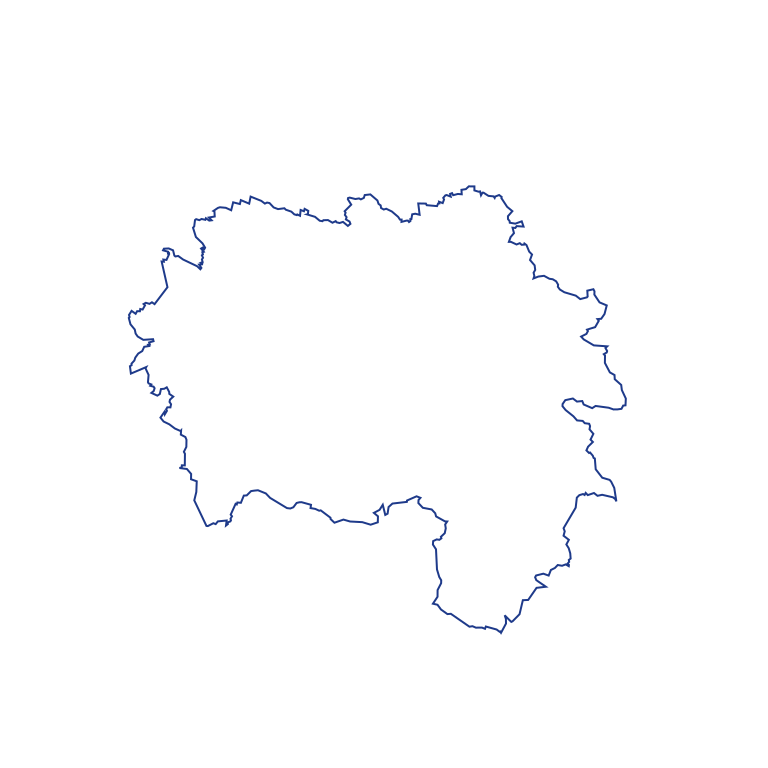 Chignahuapan, Puebla, Mexico, rotated 307°
{"feature_id": "50627088B41950768169543", "entity_name": "Chignahuapan", "entity_type": "district", "adm_level": 2, "iso_a3": "MEX", "parent_name": "Mexico", "parent_adm1": "Puebla", "projection": "equal_earth", "projection_center": [-98.119, 19.821], "detail": "fine", "context": "isolated", "style": "outline", "palette": "blue", "viewbox_px": 768, "rotation_deg": 307, "n_neighbors": 0, "source": "geoboundaries", "source_scale": "gbopen_adm2", "svg_char_len": 6166}
<svg xmlns="http://www.w3.org/2000/svg" viewBox="0 0 768 768"><g transform="rotate(307 384 384)"><path d="M238.0,555.3L239.9,559.6L238.2,565.2L238.4,573.1L240.7,575.7L241.6,598.3L243.8,600.4L244.7,604.0L248.4,608.8L249.3,612.0L251.6,611.3L255.7,621.7L255.7,625.4L256.3,625.7L255.7,627.2L266.1,625.6L269.8,622.7L271.9,619.6L270.6,628.8L272.0,629.5L281.7,630.8L294.9,625.0L298.3,629.1L313.0,628.5L319.5,635.3L319.0,623.7L320.6,621.0L322.6,620.7L328.4,625.4L330.1,630.8L335.9,629.2L339.9,631.2L344.0,631.7L346.0,635.6L349.3,637.7L349.7,641.2L350.8,640.6L351.0,638.7L353.4,638.9L354.7,637.5L356.9,638.1L360.8,634.7L364.0,630.4L365.6,626.2L370.8,625.4L370.9,618.7L375.1,617.0L376.9,614.2L400.6,611.5L409.3,606.4L412.8,606.9L415.9,609.2L416.1,611.0L418.4,610.6L417.9,613.6L423.3,617.3L423.2,621.8L426.8,624.9L431.3,635.0L431.3,637.9L430.1,640.2L439.6,630.4L442.7,624.2L443.2,621.9L440.5,614.7L443.3,604.4L451.4,597.2L451.1,595.9L452.4,593.9L453.3,589.8L452.3,589.3L452.8,585.6L456.8,584.7L463.4,585.7L463.9,582.4L470.2,581.2L471.5,575.4L474.4,573.9L475.7,571.8L473.5,567.9L474.1,564.9L471.1,560.1L472.2,554.7L472.5,544.7L473.7,539.9L475.5,538.7L480.2,538.5L486.1,543.6L486.1,548.7L489.7,552.6L487.8,555.8L490.0,564.8L493.8,566.2L500.3,577.8L501.8,582.6L504.3,585.8L507.1,588.6L510.7,588.0L512.3,589.7L517.9,585.9L522.3,577.6L526.0,574.0L526.7,565.4L529.9,562.7L529.2,557.4L533.8,547.7L539.7,543.4L540.1,541.6L543.2,542.9L544.6,542.4L546.0,539.2L548.4,539.6L541.1,528.3L539.8,516.7L540.5,512.9L545.8,515.5L549.0,515.0L549.6,513.4L556.5,518.4L563.7,517.5L564.3,515.4L566.8,518.2L572.6,518.0L580.8,514.6L578.9,507.0L582.0,498.2L584.7,496.3L585.7,494.2L580.9,490.2L576.4,494.0L575.3,493.9L569.9,489.6L570.0,484.0L565.8,472.8L565.3,467.6L566.3,464.3L568.1,463.3L569.6,459.7L569.2,455.7L567.6,452.8L566.7,446.7L562.7,442.6L558.3,439.9L560.7,439.1L562.9,436.5L566.1,436.1L569.4,432.9L570.9,426.0L576.5,424.3L577.1,420.3L580.7,414.2L580.7,411.6L579.6,412.0L578.0,410.1L578.2,407.7L575.2,405.9L573.9,399.8L572.7,398.2L577.5,396.7L582.7,397.0L586.2,392.6L587.7,395.0L589.9,394.9L593.7,400.7L596.8,396.1L591.1,392.4L588.5,387.4L589.7,386.3L590.3,383.8L592.6,382.0L599.3,382.5L599.6,375.7L603.1,365.9L604.2,365.4L604.2,362.2L600.6,360.0L599.2,360.4L599.8,358.6L597.1,354.2L596.7,348.4L596.1,347.5L593.1,347.9L595.6,344.8L594.5,343.8L593.0,339.7L596.2,337.3L592.9,332.8L588.9,332.1L585.7,329.0L582.3,331.9L580.2,328.6L576.4,325.6L577.4,323.5L575.6,322.4L573.8,324.5L572.6,320.3L571.6,319.5L568.3,319.3L567.5,320.9L563.8,322.0L562.7,318.3L561.5,319.5L560.7,318.6L558.0,319.3L552.5,310.5L553.3,308.9L548.8,302.7L540.6,310.6L538.8,306.5L536.5,304.4L532.2,306.6L531.5,305.8L530.1,307.0L528.4,306.5L528.9,304.8L528.1,303.7L524.0,300.4L525.9,299.1L524.9,297.8L526.0,294.7L526.5,286.4L525.3,280.3L523.2,278.8L522.8,275.7L524.6,273.9L524.6,271.2L526.6,268.3L527.2,259.0L523.3,254.9L520.5,255.9L517.5,254.4L517.2,252.4L514.5,249.8L512.2,244.4L510.9,243.4L509.8,243.9L507.5,249.9L498.3,248.6L497.7,250.2L495.5,251.0L494.7,253.7L492.5,254.5L493.0,258.7L491.7,260.8L488.5,260.0L488.8,253.7L485.8,251.6L484.6,248.8L485.0,247.4L481.8,245.8L481.2,240.6L478.3,237.0L477.0,236.9L475.7,234.4L476.0,228.3L473.1,220.4L473.9,221.0L476.7,219.3L476.1,215.2L473.8,216.1L472.8,212.7L467.8,215.7L467.2,212.7L466.4,212.7L465.5,210.3L465.9,206.3L464.1,200.7L464.4,198.7L459.9,194.1L458.6,189.6L459.6,183.7L458.5,181.4L456.4,180.3L456.4,175.8L453.4,164.7L446.9,167.8L444.7,159.0L441.0,160.6L438.3,154.2L430.8,157.4L429.5,151.6L426.4,146.6L424.7,145.4L419.5,143.6L419.7,144.8L415.9,148.0L411.6,144.0L411.0,147.8L409.3,146.1L409.2,142.0L407.6,142.5L406.0,139.0L403.7,137.9L402.6,134.8L401.2,134.4L395.6,137.6L393.9,137.4L388.2,145.3L387.1,154.4L385.2,159.1L383.5,159.3L383.8,157.1L382.1,156.4L381.1,160.5L379.9,159.6L378.5,161.4L377.2,161.1L375.9,163.5L373.9,163.6L372.3,165.7L370.8,164.9L371.2,166.2L370.1,166.7L368.1,164.5L366.8,168.3L365.1,168.3L365.6,163.9L362.5,148.6L362.4,142.6L360.3,140.6L360.4,139.3L363.8,135.1L362.7,130.5L359.6,126.8L357.8,127.1L359.7,132.0L358.3,132.9L359.1,133.6L358.5,134.2L352.2,135.6L350.6,132.9L349.2,134.6L348.0,132.7L331.0,152.8L309.7,152.7L309.6,149.5L306.9,148.5L305.5,144.9L303.2,143.9L303.0,145.8L298.2,146.4L297.2,144.2L295.2,145.3L293.6,143.0L290.6,143.4L290.5,138.4L285.7,138.8L284.4,140.5L283.2,140.4L279.1,145.6L277.5,152.2L274.8,155.3L273.7,158.7L274.4,165.2L280.8,172.6L279.5,174.2L275.8,171.4L274.5,173.3L273.4,172.1L272.9,173.5L269.4,170.1L264.8,171.1L260.4,169.4L255.4,169.5L252.5,170.5L248.3,170.1L247.1,171.1L245.3,170.4L240.0,175.6L254.4,183.9L253.0,184.1L249.6,190.5L243.4,194.4L242.8,195.6L243.6,198.4L241.9,198.4L243.2,201.6L242.6,203.3L239.9,204.3L236.9,203.6L238.3,210.0L241.1,211.0L245.7,208.9L248.0,211.4L250.6,212.5L248.4,217.2L246.9,218.5L247.1,223.3L242.7,222.5L240.6,223.5L239.7,226.1L236.8,227.5L235.0,225.0L232.9,225.2L231.9,226.8L228.0,227.2L229.8,225.4L222.6,225.7L221.4,230.6L222.6,236.8L222.6,243.8L224.0,249.8L224.8,249.9L221.3,252.2L222.1,257.3L220.6,259.8L214.8,264.0L209.4,265.0L208.5,267.0L199.1,273.9L197.4,271.5L195.8,272.6L193.8,271.2L197.5,277.7L196.1,284.1L191.8,287.2L193.6,293.0L184.8,299.1L176.9,302.5L163.8,327.6L164.5,328.8L170.1,331.5L170.8,333.9L174.3,334.0L180.3,340.5L175.9,343.0L178.2,343.6L179.3,342.4L181.8,344.0L183.1,343.8L184.0,342.5L186.9,342.2L187.4,340.2L199.0,337.6L199.2,338.9L201.1,338.2L203.0,341.2L210.5,339.2L212.4,341.4L218.5,342.3L220.8,344.6L223.3,347.3L225.5,355.5L224.5,361.6L226.5,381.2L228.2,384.1L231.0,385.8L236.4,385.8L238.6,387.6L240.0,389.3L243.6,398.4L240.7,400.0L242.9,404.3L243.8,408.5L245.0,409.5L245.0,421.7L244.0,422.6L243.4,427.9L251.3,433.2L253.8,439.7L260.6,449.8L263.6,458.0L269.8,462.3L274.7,458.8L275.0,453.5L280.8,456.2L286.8,455.7L280.2,463.8L282.6,464.9L288.5,461.7L293.6,462.7L303.6,473.2L304.8,472.5L313.9,477.6L315.0,481.6L312.1,481.4L309.6,483.1L308.5,489.5L312.5,497.6L311.6,502.7L309.6,505.3L311.0,515.4L312.2,517.2L308.6,517.4L305.9,520.2L301.4,522.3L296.2,521.4L295.3,522.7L292.9,522.0L291.6,519.6L288.1,517.8L285.2,519.7L283.3,525.0L267.8,537.9L263.1,544.3L261.7,547.8L259.3,549.5L251.7,550.8L246.3,554.8L238.0,555.3Z" fill="none" stroke="#1e3a8a" stroke-width="2"/></g></svg>